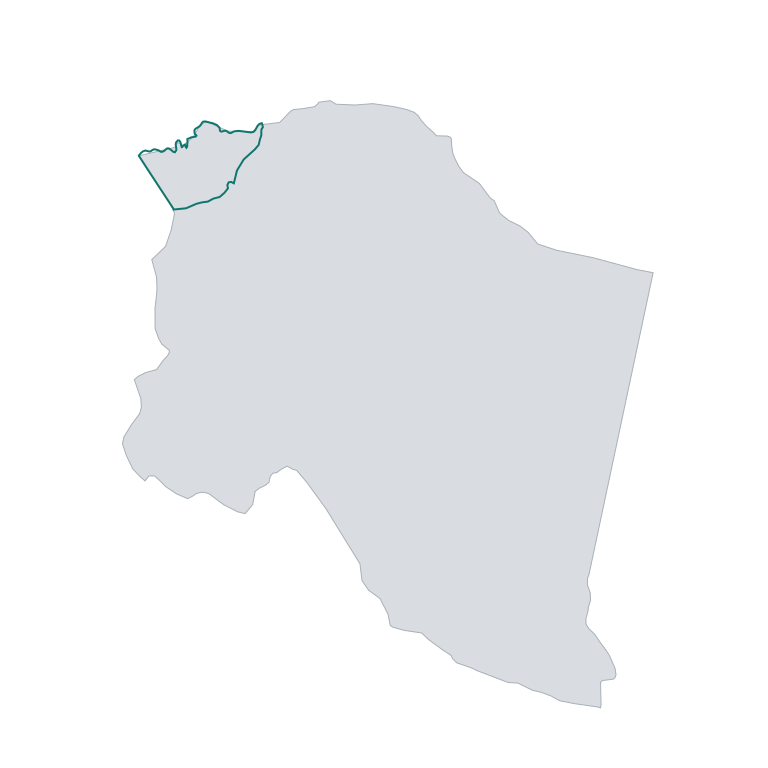 where Kaabong sits in Uganda, rotated 282°
{"feature_id": "UGA-3125", "entity_name": "Kaabong", "entity_type": "District", "adm_level": 1, "iso_a3": "UGA", "parent_name": "Uganda", "parent_adm1": "", "projection": "mercator", "projection_center": [34.168, 3.648], "detail": "fine", "context": "in_parent", "style": "outline", "palette": "teal", "viewbox_px": 768, "rotation_deg": 282, "n_neighbors": 0, "source": "natural_earth", "source_scale": "10m", "svg_char_len": 3692}
<svg xmlns="http://www.w3.org/2000/svg" viewBox="0 0 768 768"><g transform="rotate(282 384 384)"><path d="M548.8,624.1L537.8,624.1L519.9,624.1L501.9,624.1L484.0,624.1L466.1,624.1L448.1,624.1L430.2,624.1L412.2,624.1L394.3,624.1L376.3,624.1L358.4,624.1L340.4,624.1L322.5,624.1L304.6,624.1L286.6,624.1L268.7,624.1L250.7,624.1L240.1,624.1L238.0,623.8L236.5,623.4L229.8,624.7L222.8,629.1L215.3,631.0L207.3,630.2L206.3,630.7L202.3,630.6L196.5,630.3L191.2,631.5L187.2,635.3L183.1,642.0L175.8,649.6L170.0,656.3L165.1,661.1L153.9,669.1L147.8,671.4L144.8,671.0L142.9,669.5L139.4,659.4L137.2,657.8L115.5,663.0L112.2,663.1L112.5,659.9L110.9,636.2L110.7,621.6L113.5,612.5L115.1,602.0L115.3,592.8L119.3,577.0L117.8,567.6L123.0,534.4L124.4,529.1L126.4,513.1L129.6,508.1L132.4,506.2L136.2,496.4L143.3,480.7L148.3,472.6L147.2,455.0L148.0,443.0L149.1,440.3L159.7,435.8L173.3,424.7L179.1,411.7L187.3,403.3L203.1,397.9L250.0,353.1L271.8,328.9L281.3,316.6L281.7,312.1L283.5,306.3L279.7,301.7L275.1,297.6L273.6,293.8L269.7,291.9L264.1,292.0L260.4,289.2L256.2,283.8L252.0,280.3L238.7,280.6L228.4,275.1L228.5,267.5L232.5,252.6L240.3,235.5L240.7,230.8L239.7,226.8L237.8,223.3L234.3,219.9L231.0,215.8L233.5,203.5L238.4,191.5L242.4,185.5L246.4,178.7L245.2,173.2L239.5,170.4L242.5,165.0L248.7,155.9L260.7,146.7L271.2,140.6L278.2,140.6L291.9,145.5L304.3,151.2L311.0,151.5L319.3,149.1L336.4,138.9L340.5,142.1L345.5,148.3L350.9,158.6L361.6,163.3L366.8,166.5L370.5,167.5L372.5,166.7L376.6,158.6L381.5,154.2L390.6,148.6L410.7,144.2L425.1,142.9L431.1,141.9L441.3,139.3L457.4,131.0L473.2,141.7L490.4,143.8L507.1,143.7L512.1,140.5L515.1,138.0L532.5,120.4L556.2,96.6L571.9,130.1L577.4,132.1L576.6,135.0L575.3,137.8L585.6,145.9L598.3,150.1L602.8,154.3L603.2,158.7L598.9,178.3L599.7,183.9L603.8,203.5L611.4,207.9L618.1,227.6L631.6,236.0L633.6,238.4L636.7,248.0L640.8,258.5L644.1,260.9L646.0,261.5L650.0,272.6L647.7,278.9L650.9,297.8L655.9,314.8L657.3,335.0L657.3,343.9L657.2,349.4L656.0,357.1L653.6,361.5L649.3,365.9L644.5,372.7L640.3,380.0L637.7,383.6L639.7,394.5L639.2,397.4L638.1,398.8L632.0,400.4L624.1,403.3L619.4,406.3L612.6,411.8L607.2,417.8L600.1,435.4L588.1,449.2L586.1,453.7L574.9,461.9L569.9,472.0L566.7,484.4L562.4,493.3L552.9,505.4L550.7,524.7L551.0,563.1L548.5,606.9L548.8,624.1Z" fill="#d9dde1" stroke="#a8b0b8" stroke-width="1"/><path d="M510.9,142.0L511.4,141.8L518.9,134.3L528.5,124.6L539.8,113.2L548.1,104.9L556.3,96.7L559.2,98.1L561.5,99.9L562.8,102.2L562.6,105.4L562.7,106.7L563.6,107.8L564.8,108.9L565.6,110.0L565.9,111.2L565.9,112.4L565.7,114.7L565.3,116.1L564.8,117.1L564.8,118.1L565.6,119.7L566.8,120.9L568.3,121.9L569.4,123.0L569.7,124.6L568.6,127.2L567.3,129.6L567.2,131.3L569.5,132.2L571.1,131.9L575.1,130.4L577.1,130.4L579.3,131.6L579.6,133.0L578.5,134.4L573.6,136.9L573.8,137.4L575.4,138.0L576.7,139.5L574.7,140.8L574.0,141.6L575.3,142.1L576.1,142.0L577.9,141.6L579.9,141.5L581.9,140.9L582.9,140.8L583.0,141.3L585.2,144.2L586.8,148.3L587.9,148.9L588.4,148.5L588.8,147.6L589.9,146.6L592.6,145.8L594.4,146.5L597.7,150.0L599.6,151.0L601.5,151.6L603.0,152.5L603.7,154.7L603.4,162.8L602.5,166.8L600.5,169.8L599.6,170.3L598.6,170.5L597.7,170.9L597.1,171.8L597.2,172.9L598.4,175.1L598.8,176.2L598.7,177.2L597.7,179.6L597.4,180.8L597.6,182.0L598.4,183.1L599.4,184.1L600.1,185.2L601.4,189.2L602.4,201.6L603.5,204.0L605.6,205.3L610.4,206.7L612.5,208.1L613.7,210.2L611.8,211.4L609.9,212.1L607.6,211.2L605.4,211.5L601.6,212.3L597.6,211.8L591.8,211.7L586.6,208.9L574.5,200.1L562.3,195.8L549.1,195.4L549.9,192.4L548.9,190.1L546.0,189.4L543.0,190.7L537.9,188.2L532.7,184.3L529.9,178.6L525.8,173.8L523.8,168.2L521.3,163.1L514.7,153.8L511.1,142.5L510.9,142.0Z" fill="none" stroke="#0f766e" stroke-width="2"/></g></svg>